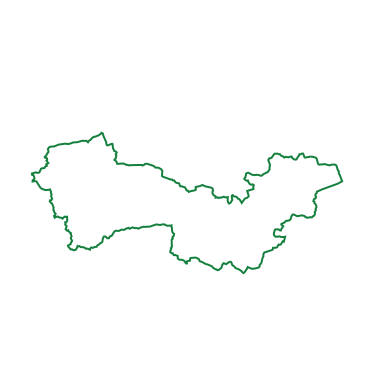 the district of Tuyen Hoa, Quảng Bình, Vietnam, rotated 158°
{"feature_id": "81297802B14659466260998", "entity_name": "Tuyen Hoa", "entity_type": "district", "adm_level": 2, "iso_a3": "VNM", "parent_name": "Vietnam", "parent_adm1": "Quảng Bình", "projection": "robinson", "projection_center": [106.021, 17.9], "detail": "fine", "context": "isolated", "style": "outline", "palette": "green", "viewbox_px": 384, "rotation_deg": 158, "n_neighbors": 0, "source": "geoboundaries", "source_scale": "gbopen_adm2", "svg_char_len": 6085}
<svg xmlns="http://www.w3.org/2000/svg" viewBox="0 0 384 384"><g transform="rotate(158 192 192)"><path d="M335.9,261.4L333.9,261.1L332.3,260.2L331.0,252.9L330.3,251.6L329.1,250.3L327.4,248.9L325.9,248.2L322.6,247.5L322.7,244.9L323.2,244.1L323.0,242.5L323.9,241.5L324.3,239.8L324.2,238.1L325.5,237.1L326.7,237.5L327.4,236.7L326.8,234.5L326.1,233.7L326.1,229.5L327.3,227.2L327.0,226.6L327.3,224.5L326.6,222.9L327.7,221.8L328.9,221.5L328.9,219.6L327.3,219.8L325.7,219.6L324.5,218.0L322.7,217.0L322.0,215.8L319.4,216.9L318.5,216.3L317.1,215.9L318.4,212.1L319.7,211.2L320.9,211.4L320.9,210.5L321.7,209.6L321.7,208.9L321.0,207.7L321.2,207.0L323.1,205.0L322.3,202.9L321.2,202.9L321.2,201.9L320.7,201.2L320.6,200.2L319.7,199.2L320.1,198.2L320.3,195.9L321.6,194.8L321.7,193.1L321.4,192.0L321.9,191.1L323.3,190.4L323.9,189.2L327.1,188.8L327.2,187.7L325.9,184.1L324.8,183.9L323.4,182.2L321.4,182.0L319.2,183.6L318.3,184.8L317.4,184.0L316.6,184.0L315.7,182.5L313.4,181.5L312.1,180.3L311.8,179.3L309.9,178.5L308.3,176.7L306.7,178.3L305.9,178.1L304.7,177.3L302.5,177.5L301.0,176.9L299.5,178.1L298.5,178.0L295.7,179.0L294.6,178.9L293.8,179.4L292.0,182.4L290.5,183.7L290.1,183.7L288.7,182.9L287.9,180.9L286.7,180.3L286.2,180.3L285.0,181.5L282.8,181.5L278.9,184.4L277.1,184.6L274.4,183.3L271.4,183.5L269.2,182.3L267.1,182.7L264.2,182.5L263.7,181.3L260.6,181.5L258.5,180.0L256.5,179.2L255.3,178.0L252.8,178.4L251.6,178.0L249.9,178.0L248.8,177.3L243.9,175.7L237.2,175.3L233.9,173.3L231.8,173.1L229.5,172.2L229.1,171.4L227.5,169.9L225.4,169.3L224.8,168.8L223.5,168.7L224.1,167.3L224.1,166.1L225.1,163.1L225.1,161.3L224.3,160.0L224.5,159.3L225.9,157.8L226.8,157.7L227.4,155.9L228.1,155.9L229.1,154.7L229.6,152.8L230.5,151.1L230.6,149.5L231.7,148.6L231.8,148.0L232.6,147.8L233.2,146.2L234.0,145.7L234.6,144.8L234.7,144.3L233.8,142.8L232.8,142.4L232.6,140.4L232.1,140.0L231.3,140.0L229.2,138.0L230.1,135.6L229.9,135.1L228.8,133.8L226.5,132.8L225.7,132.0L224.7,130.6L224.6,128.8L223.8,127.6L223.5,127.6L223.0,129.3L222.6,129.6L219.7,129.1L218.6,131.1L217.9,131.3L213.6,130.0L212.4,129.2L210.8,127.1L210.7,124.8L208.9,123.4L206.4,120.2L204.6,118.9L201.9,116.2L201.4,115.6L200.7,113.6L199.3,111.7L198.5,111.2L197.6,109.9L196.1,109.8L193.2,110.7L191.0,113.2L189.5,114.2L189.1,114.1L187.7,112.4L187.2,112.3L184.0,113.1L182.4,112.9L181.9,112.1L182.0,109.0L180.9,107.6L180.1,105.1L177.8,103.0L175.9,100.4L175.1,98.1L174.6,97.6L173.5,97.8L169.7,100.3L168.5,101.6L165.5,98.5L162.5,97.5L158.3,97.0L157.3,97.6L156.4,99.2L154.8,99.8L153.7,100.9L151.5,104.2L149.8,105.7L149.2,107.5L147.6,108.8L139.1,108.2L138.5,108.7L137.8,109.9L135.5,109.0L133.8,108.9L131.5,110.8L130.8,110.3L129.2,110.1L126.4,112.3L125.8,112.3L125.4,111.6L122.4,115.6L124.8,116.2L126.2,116.9L127.5,118.1L129.8,118.6L131.4,119.4L132.0,121.0L132.1,121.7L131.4,123.3L129.2,126.0L128.0,125.9L125.8,125.0L125.0,123.6L124.1,123.0L122.9,124.3L120.2,126.1L121.4,128.3L121.1,128.9L117.4,129.1L115.6,130.1L114.1,129.5L111.8,129.3L110.7,129.9L108.8,132.4L107.0,133.4L106.3,133.2L103.6,130.2L98.6,129.1L96.6,127.5L96.2,126.2L95.4,125.7L95.1,125.0L91.7,124.3L90.6,123.6L90.1,123.6L89.1,124.2L88.3,124.1L86.8,124.9L85.9,126.1L85.7,127.5L84.1,128.5L83.8,129.9L82.3,131.3L81.9,132.8L82.1,134.7L82.6,136.0L82.2,137.0L82.9,138.0L81.9,139.3L81.0,139.8L79.9,139.8L79.3,140.6L78.8,140.9L79.0,142.4L78.8,142.8L78.0,143.8L76.6,144.5L76.1,145.5L70.3,145.7L53.8,145.1L48.8,145.7L48.6,152.5L49.0,154.1L48.1,156.3L48.6,157.5L48.2,162.6L49.2,163.9L52.1,165.0L54.5,165.2L56.9,166.8L57.9,167.9L64.0,169.8L64.6,170.9L63.9,176.1L64.4,177.5L67.3,179.7L68.8,180.4L74.2,181.5L74.7,182.3L74.6,185.1L74.8,186.2L75.6,186.4L77.3,186.3L78.3,186.8L79.1,185.7L80.8,184.8L82.9,183.1L84.5,183.5L85.0,183.9L86.3,186.0L86.5,187.7L89.8,188.1L91.8,189.5L93.7,189.4L94.3,191.0L95.8,192.3L96.4,194.2L97.3,194.5L98.5,195.6L100.8,196.5L101.9,196.2L105.3,194.0L106.5,193.8L107.7,194.3L109.3,193.1L109.5,187.7L110.6,186.5L111.6,183.9L114.0,182.2L119.2,181.8L120.8,181.1L121.7,181.1L125.1,183.6L127.4,184.1L129.6,185.3L132.6,188.8L134.1,189.0L134.9,188.8L136.7,186.0L138.6,184.7L138.6,184.3L137.4,182.2L135.8,181.6L136.1,181.0L135.6,178.2L134.8,176.8L132.9,176.3L132.2,175.6L132.2,175.1L133.3,173.9L133.9,171.7L140.5,172.3L140.8,167.7L141.3,166.6L142.9,166.0L145.2,166.1L145.9,165.8L150.0,163.2L150.4,166.2L150.9,167.8L152.0,168.7L152.1,169.7L152.9,171.2L154.7,172.1L155.4,173.8L155.7,173.9L156.2,173.8L157.0,172.5L157.6,169.6L160.5,167.5L162.0,167.4L162.4,168.8L162.1,170.9L160.7,173.8L162.9,174.4L164.4,175.7L167.4,175.9L168.2,176.4L169.8,176.5L170.3,177.5L172.3,177.9L171.8,179.1L173.3,181.4L173.5,183.1L172.8,184.8L172.0,185.2L171.6,187.6L172.9,189.1L177.9,192.5L179.6,194.6L182.5,194.5L186.6,195.3L187.0,194.9L187.6,192.7L188.9,192.5L192.4,193.2L195.0,193.3L195.3,194.8L196.1,195.1L196.4,195.5L196.7,198.7L199.3,201.1L200.7,201.6L200.9,202.6L200.7,204.3L200.9,205.1L202.3,205.8L203.5,206.9L204.3,209.5L205.1,209.6L205.7,210.9L207.2,211.6L213.6,217.4L213.8,218.1L211.6,222.7L212.0,224.6L213.9,227.0L217.0,228.5L217.4,230.0L218.2,230.9L223.2,235.1L225.1,235.6L226.1,235.1L227.3,235.3L228.0,235.1L228.7,236.0L238.9,239.9L240.4,240.2L241.5,241.3L242.4,241.5L244.9,244.1L250.8,246.1L250.7,248.3L251.2,249.9L251.9,250.8L251.5,251.2L250.1,251.7L249.6,252.8L248.5,254.0L248.6,255.5L247.0,256.8L247.0,257.2L247.6,258.1L248.7,259.1L248.7,261.4L248.9,262.0L247.7,266.3L248.0,266.7L252.7,266.8L253.3,267.2L253.4,268.6L252.9,270.5L253.1,276.6L252.8,279.8L253.8,280.8L254.4,280.2L257.5,279.5L261.4,279.6L262.3,279.9L264.2,279.6L266.0,278.6L268.5,278.0L269.8,277.1L270.7,279.0L272.9,279.8L274.3,280.6L279.5,281.1L283.8,282.5L285.6,282.4L288.9,282.8L291.1,284.2L298.0,285.9L302.8,285.9L306.0,287.0L308.0,286.9L309.6,285.7L309.8,283.7L310.3,282.7L312.6,281.5L313.1,280.6L315.4,279.7L315.3,278.7L314.3,278.3L313.9,277.6L314.2,276.1L315.2,275.6L314.4,272.6L316.8,272.3L317.0,271.8L316.7,270.7L318.9,270.4L319.9,269.5L322.3,270.2L323.3,270.1L326.2,267.3L328.1,267.6L329.7,268.8L333.5,269.1L333.8,267.7L332.7,267.0L332.8,264.1L333.5,263.0L335.3,262.6L335.9,261.4Z" fill="none" stroke="#15803d" stroke-width="2"/></g></svg>